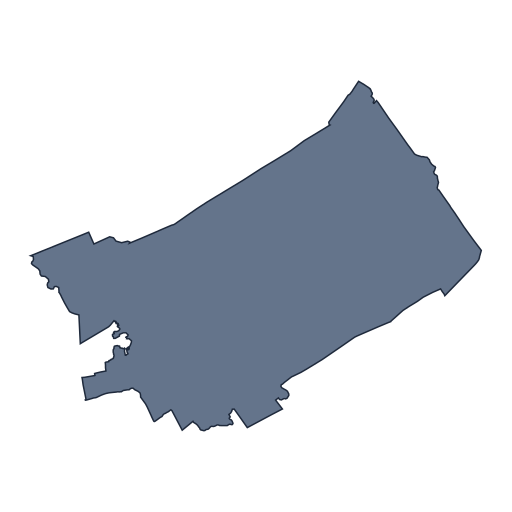 outline of Izvoru, Arges, Romania
{"feature_id": "2599482B92103311949718", "entity_name": "Izvoru", "entity_type": "district", "adm_level": 2, "iso_a3": "ROU", "parent_name": "Romania", "parent_adm1": "Arges", "projection": "equal_earth", "projection_center": [25.054, 44.498], "detail": "fine", "context": "isolated", "style": "filled", "palette": "slate", "viewbox_px": 512, "rotation_deg": 0, "n_neighbors": 0, "source": "geoboundaries", "source_scale": "gbopen_adm2", "svg_char_len": 5936}
<svg xmlns="http://www.w3.org/2000/svg" viewBox="0 0 512 512"><path d="M247.3,427.6L272.4,414.2L282.4,409.0L275.6,400.1L278.4,397.9L279.5,399.5L281.4,399.9L283.9,398.6L285.0,398.6L285.6,398.9L287.0,398.3L288.8,395.5L288.8,394.0L287.4,391.2L285.8,390.0L284.1,389.1L281.7,387.7L280.9,386.4L281.3,384.6L282.4,384.2L284.5,382.3L291.9,376.6L292.4,376.5L300.9,372.4L306.4,369.2L322.1,359.6L340.2,347.2L354.6,337.2L356.8,336.1L361.6,334.0L378.2,326.8L388.7,322.4L390.6,321.7L390.8,321.6L390.8,321.3L403.0,310.4L409.1,306.4L413.9,303.5L417.5,301.3L423.2,297.2L432.8,292.3L440.6,288.9L442.2,291.5L444.1,294.0L444.8,295.7L474.3,265.3L475.7,263.8L477.5,261.6L478.1,260.7L478.8,259.7L479.5,257.3L479.5,256.8L481.3,250.4L473.7,240.4L463.7,226.6L458.5,218.6L456.6,215.8L455.1,213.5L450.7,207.3L449.9,205.8L443.1,196.2L438.9,190.1L438.1,189.8L437.7,189.4L437.5,188.8L437.2,187.5L437.6,186.3L437.6,185.8L438.5,182.4L437.9,180.4L437.6,178.8L437.4,178.4L437.4,176.7L437.2,176.1L436.9,175.6L436.0,174.9L435.0,174.5L434.4,173.9L434.1,173.3L433.6,171.8L434.4,170.8L435.5,167.5L435.0,166.5L433.9,166.1L431.6,164.2L429.8,161.5L429.6,160.4L429.3,159.8L427.1,157.3L425.1,157.1L423.0,156.6L421.6,156.7L416.7,155.2L414.5,154.0L410.7,148.7L407.6,144.6L397.0,129.5L388.7,118.1L382.2,108.5L378.2,102.6L376.5,100.6L374.1,103.3L373.6,103.3L373.2,102.4L374.2,100.3L373.9,99.2L372.7,97.7L371.1,96.2L371.9,94.9L372.3,93.9L372.2,92.9L371.4,91.7L371.1,90.7L370.3,88.9L369.7,88.7L369.6,88.3L364.3,84.7L358.6,81.3L353.3,89.3L352.1,91.3L349.8,94.2L348.1,95.2L343.8,101.6L335.2,113.2L328.8,122.1L328.9,123.0L329.2,124.6L330.0,125.0L322.2,129.8L304.3,140.6L290.7,150.7L275.0,160.3L261.1,168.6L243.0,180.3L207.3,201.9L196.7,208.8L187.3,215.3L178.9,221.2L178.4,221.5L175.5,223.6L173.8,224.6L171.6,225.2L163.4,228.7L153.1,233.2L141.5,238.2L139.8,238.9L129.7,243.1L130.3,242.3L127.7,241.2L121.6,242.7L116.0,241.1L113.5,237.8L109.7,236.8L93.9,244.0L88.7,232.2L82.1,234.9L30.7,255.7L33.2,256.5L33.5,259.5L32.8,261.2L31.8,262.0L31.5,263.6L32.8,265.0L35.6,266.9L38.3,268.8L39.8,270.9L40.1,274.1L41.4,276.0L45.3,276.5L48.4,279.2L48.8,281.8L47.7,282.9L47.2,284.9L47.9,287.5L50.9,289.0L53.3,288.9L54.4,286.6L56.3,286.4L58.7,287.5L59.0,291.3L58.9,292.3L59.5,293.0L61.1,295.8L61.3,296.5L64.5,302.8L67.1,307.4L69.6,311.6L71.3,312.5L71.8,312.8L74.8,313.9L78.9,314.9L80.3,343.7L81.9,342.7L108.6,326.8L110.3,325.2L114.0,320.7L114.4,321.1L114.6,321.3L114.8,321.2L115.2,321.2L115.6,321.3L115.8,321.4L115.8,321.5L115.9,321.8L115.9,322.0L115.6,322.4L115.6,322.5L115.8,322.7L116.3,322.4L116.5,322.4L116.6,322.6L116.5,322.8L116.4,323.1L116.1,323.3L116.1,323.5L116.5,323.6L117.3,323.5L117.7,323.4L118.0,323.4L118.2,323.6L118.1,323.9L117.9,324.3L117.6,324.6L117.6,324.8L117.7,325.0L118.1,325.0L118.5,324.9L118.7,325.0L118.8,325.3L118.7,325.5L118.2,325.9L117.9,325.9L117.6,325.8L117.4,326.1L117.4,326.6L117.9,327.0L118.8,327.6L119.4,328.1L119.9,329.0L118.9,330.6L117.5,331.3L116.1,331.6L115.0,331.4L114.5,331.5L113.6,332.3L113.6,332.6L114.3,333.2L114.2,333.7L113.8,333.9L113.3,334.0L112.8,334.2L112.5,334.4L112.5,335.4L112.6,336.2L113.2,336.5L113.7,338.4L115.2,338.4L119.4,336.1L119.5,335.6L119.5,334.4L123.3,332.8L126.0,332.8L128.1,334.9L127.6,336.3L126.7,336.6L126.0,337.0L125.9,337.3L126.4,337.4L126.8,337.8L126.6,338.7L127.1,338.8L129.1,338.7L131.5,340.8L131.3,342.6L130.2,345.5L129.2,347.0L129.2,348.7L128.8,349.5L128.0,349.8L127.5,349.8L127.5,349.5L127.7,349.3L128.4,348.8L128.3,348.3L128.1,348.0L128.1,347.5L128.2,347.2L127.7,347.5L127.8,347.8L127.7,348.7L127.3,348.8L127.1,348.7L126.9,348.6L126.6,348.4L126.4,348.5L126.4,348.9L126.5,349.1L126.5,349.4L126.6,349.5L126.9,349.5L127.1,349.6L127.1,349.9L126.8,350.6L126.9,351.2L127.1,351.7L127.1,352.2L127.7,353.0L128.0,353.8L127.8,354.0L127.2,354.2L126.2,354.9L126.0,355.3L125.3,355.2L124.5,351.4L124.5,350.6L124.9,348.8L124.5,348.1L123.6,348.7L123.0,348.7L122.5,348.3L122.1,348.1L121.7,348.2L121.3,348.2L120.7,347.8L120.1,347.9L119.8,347.4L119.6,346.9L119.7,346.3L119.3,346.1L119.2,346.0L118.5,346.1L118.2,346.0L117.7,345.6L116.9,345.7L116.4,345.7L114.4,346.2L114.3,346.3L114.0,347.3L114.0,348.4L113.3,349.6L113.2,350.1L113.2,350.7L113.2,352.2L113.6,353.7L113.6,354.4L113.9,354.9L114.0,355.3L114.0,355.9L113.8,356.6L113.5,357.9L113.4,358.2L113.1,358.3L113.1,358.5L112.9,358.7L110.9,359.5L110.8,360.0L110.6,360.1L110.2,360.2L109.7,360.4L109.0,360.6L108.8,360.9L108.8,361.6L108.0,361.8L106.7,362.0L105.8,362.2L105.4,362.4L105.2,362.7L105.4,363.6L105.5,365.5L105.5,367.5L105.6,368.6L105.8,369.8L105.9,370.9L105.9,371.0L100.6,372.0L96.4,373.0L94.6,373.5L94.6,373.8L95.0,375.3L94.9,375.5L94.5,375.6L93.3,375.8L84.7,377.3L82.0,377.5L82.4,379.6L83.1,384.8L86.1,399.7L85.3,399.9L85.4,400.2L86.6,400.0L92.3,398.4L93.7,397.9L95.1,397.8L96.4,397.5L101.4,395.1L104.6,393.9L106.3,393.4L109.1,392.8L116.7,392.0L117.5,391.8L119.8,391.9L120.3,391.7L121.3,391.8L123.2,390.5L127.5,389.8L129.1,389.8L130.5,388.6L131.7,388.2L133.1,388.2L134.7,389.7L138.0,391.3L139.9,392.8L140.2,393.5L140.4,394.2L140.6,395.7L140.6,397.1L145.5,403.8L146.9,406.4L147.4,407.4L150.1,413.3L151.5,416.3L151.5,416.6L151.7,416.9L153.7,421.1L154.2,421.5L154.5,421.5L155.1,421.2L157.2,419.7L160.0,417.6L162.0,416.5L162.9,415.1L163.4,414.4L164.7,413.5L164.9,413.5L165.4,413.4L166.8,412.4L167.8,412.0L168.5,411.6L170.8,409.8L171.9,410.6L182.2,430.2L193.0,421.3L193.6,422.4L195.9,423.8L197.5,425.2L199.0,427.3L199.6,427.9L200.0,429.1L200.7,429.9L203.9,430.7L204.9,430.5L206.0,429.6L206.5,429.5L208.0,429.2L208.6,428.9L209.8,427.6L210.1,427.2L210.5,426.8L211.0,426.5L211.7,426.3L213.5,426.5L214.9,426.1L216.3,425.4L217.0,425.0L217.8,424.9L218.7,425.1L219.5,425.5L221.8,425.6L227.2,425.6L229.2,424.3L230.2,424.3L232.0,424.7L232.6,424.2L233.0,423.3L232.1,421.1L231.4,420.0L230.0,419.4L229.4,418.8L229.2,418.2L230.2,416.9L228.9,414.4L230.5,413.2L231.7,411.4L231.8,410.4L232.1,410.0L232.4,409.8L232.4,409.2L234.2,409.1L238.5,415.1L247.3,427.6Z" fill="#64748b" stroke="#1e293b" stroke-width="1.5"/></svg>